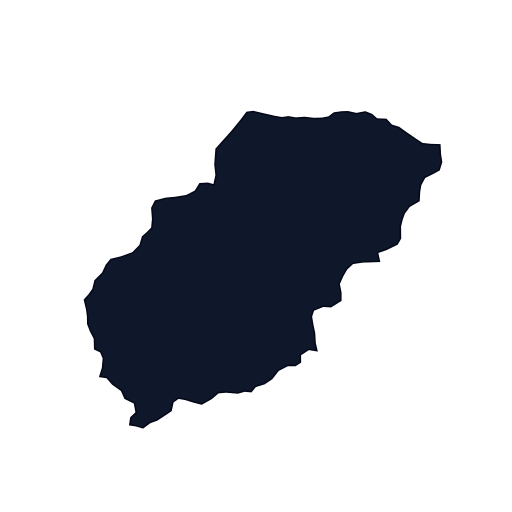 Luiziânia, São Paulo, Brazil, rotated 315°
{"feature_id": "56859067B86388687995531", "entity_name": "Luiziânia", "entity_type": "district", "adm_level": 2, "iso_a3": "BRA", "parent_name": "Brazil", "parent_adm1": "São Paulo", "projection": "orthographic", "projection_center": [-50.352, -21.674], "detail": "fine", "context": "isolated", "style": "filled", "palette": "ink", "viewbox_px": 512, "rotation_deg": 315, "n_neighbors": 0, "source": "geoboundaries", "source_scale": "gbopen_adm2", "svg_char_len": 1730}
<svg xmlns="http://www.w3.org/2000/svg" viewBox="0 0 512 512"><g transform="rotate(315 256 256)"><path d="M351.1,148.0L342.0,149.3L327.3,150.8L303.5,152.1L291.8,162.2L285.0,170.6L276.5,176.1L273.4,170.6L267.4,165.2L258.9,167.2L249.5,164.2L240.5,157.7L232.9,151.4L223.7,146.0L216.3,148.4L209.1,156.8L202.2,162.5L196.3,162.6L189.4,162.2L181.5,166.5L171.1,166.6L159.8,161.3L151.0,155.9L143.8,156.6L135.6,159.6L124.8,159.6L117.2,164.2L110.8,165.3L103.7,165.7L98.4,174.3L94.2,179.7L89.0,185.1L85.9,192.2L83.4,200.1L76.2,207.7L78.4,213.9L75.8,220.4L68.3,226.7L60.4,230.8L64.6,236.5L64.0,245.2L65.8,256.0L62.7,264.1L66.1,274.0L60.6,282.0L53.2,281.8L47.4,286.1L51.2,291.2L54.6,297.5L63.3,298.8L69.9,301.9L76.5,303.3L86.6,305.3L94.0,300.5L100.6,301.6L104.7,307.4L108.5,314.7L112.9,322.2L123.6,325.2L132.6,325.9L138.6,330.9L146.3,340.0L152.4,343.4L156.7,348.5L163.3,347.8L171.7,352.2L180.5,353.9L190.9,352.6L200.9,355.8L206.3,361.2L212.3,362.5L217.5,357.2L227.3,359.3L232.1,366.0L236.1,359.5L242.9,351.8L247.1,345.3L252.3,338.0L258.3,334.9L268.0,339.0L273.1,344.8L284.6,347.4L290.0,342.0L295.0,334.5L303.4,331.3L311.0,329.3L319.2,329.6L327.3,335.6L333.8,341.7L339.5,347.0L344.4,339.4L352.6,343.4L364.2,347.4L370.6,345.7L379.0,337.1L385.3,333.3L391.0,330.6L399.4,329.3L410.3,332.2L417.0,326.2L422.6,322.2L430.8,319.7L440.4,322.9L446.4,324.6L453.6,320.8L458.3,314.4L464.6,307.4L458.3,300.7L453.0,294.1L451.5,286.8L449.3,274.9L447.9,266.1L444.3,259.4L444.6,251.4L438.3,244.6L437.9,237.8L435.1,231.4L427.7,226.4L422.9,218.9L418.3,214.6L412.3,210.1L405.7,209.2L400.1,205.4L394.1,199.7L388.2,192.3L381.6,186.6L377.2,180.4L372.2,176.7L368.1,171.0L361.5,160.5L356.1,151.8L351.1,148.0Z" fill="#0f172a" stroke="#020617" stroke-width="1.5"/></g></svg>